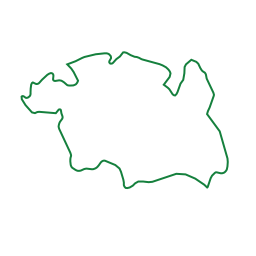 SVG path tracing the border of Carabobo, rotated 162°
{"feature_id": "VEN-33", "entity_name": "Carabobo", "entity_type": "State", "adm_level": 1, "iso_a3": "VEN", "parent_name": "Venezuela", "parent_adm1": "", "projection": "mercator", "projection_center": [-67.927, 10.207], "detail": "fine", "context": "isolated", "style": "outline", "palette": "green", "viewbox_px": 256, "rotation_deg": 162, "n_neighbors": 0, "source": "natural_earth", "source_scale": "10m", "svg_char_len": 2611}
<svg xmlns="http://www.w3.org/2000/svg" viewBox="0 0 256 256"><g transform="rotate(162 128 128)"><path d="M71.1,47.0L73.0,50.5L79.7,59.1L87.6,66.1L96.2,69.5L121.4,69.3L125.1,70.1L129.9,72.3L134.8,73.9L138.3,73.2L141.2,71.7L144.8,70.9L147.3,71.1L148.8,71.8L149.5,73.4L149.6,75.0L148.8,77.4L148.4,80.3L148.2,88.5L148.6,92.1L151.5,96.7L160.0,104.0L160.9,104.4L162.0,104.5L163.1,104.3L164.1,103.9L165.0,103.3L167.4,101.5L169.2,100.4L170.2,100.0L171.3,99.7L172.5,99.6L173.8,99.6L175.0,99.9L180.0,102.2L181.2,102.4L182.4,102.5L186.0,102.1L187.1,102.2L188.2,102.5L189.2,102.9L190.1,103.6L190.9,104.4L193.3,107.4L193.8,108.7L193.9,110.5L193.2,114.0L192.6,115.8L192.0,117.2L190.7,119.2L190.5,120.3L190.5,122.3L193.7,148.2L193.7,149.6L193.5,151.0L192.5,152.8L191.7,153.9L190.9,154.8L187.6,157.2L187.0,158.1L186.7,159.3L186.8,162.5L186.6,163.9L186.4,165.1L186.4,166.2L187.0,166.8L188.2,166.9L192.1,164.4L207.4,170.8L208.3,171.0L209.3,171.2L210.3,171.1L211.9,170.9L214.5,172.5L218.4,181.4L220.1,188.2L219.5,190.7L218.7,191.0L217.9,190.7L217.2,190.1L216.0,188.4L215.0,187.9L213.6,187.9L211.7,188.6L210.7,189.5L210.1,190.6L209.8,191.7L208.4,195.5L206.7,199.1L205.5,200.4L204.4,200.7L202.2,198.6L201.4,198.1L200.3,197.9L199.3,198.0L198.4,198.4L194.8,200.5L188.3,203.5L186.3,204.0L184.6,204.1L183.6,203.7L182.9,203.0L182.6,202.0L182.7,201.0L183.1,200.0L184.0,198.0L184.3,197.1L184.1,196.3L183.5,195.6L182.5,195.2L178.7,194.6L177.7,194.1L176.8,193.6L176.1,192.9L174.8,191.3L172.7,187.8L172.1,187.2L170.9,186.6L169.4,186.1L166.8,185.4L165.2,185.5L164.0,185.7L162.3,186.8L160.9,188.4L162.4,198.0L163.6,202.1L166.1,207.3L157.3,207.7L150.0,208.8L147.4,209.0L135.9,208.1L127.4,206.3L125.2,205.6L124.1,204.9L123.2,204.0L122.2,201.7L122.3,200.5L122.6,199.6L125.0,197.4L125.5,196.5L125.4,195.6L124.9,194.7L123.7,194.3L122.9,194.3L122.1,194.6L117.8,197.1L113.6,198.5L109.3,201.4L108.0,201.1L106.1,199.9L102.9,196.4L99.7,193.7L97.7,192.8L95.9,191.4L94.0,189.4L93.1,188.7L78.3,179.0L75.8,176.9L73.1,174.0L71.6,171.3L71.0,169.7L70.7,168.2L70.7,166.8L72.6,163.7L80.6,158.1L77.7,154.0L76.7,152.1L75.2,146.5L74.7,145.6L74.0,144.8L73.1,144.4L71.4,145.3L69.8,146.9L64.3,154.0L60.6,156.7L57.5,162.6L55.3,168.5L53.2,170.6L46.7,173.3L42.6,169.8L41.3,167.4L40.7,162.7L40.0,159.9L39.1,158.4L37.9,157.0L37.5,155.8L37.4,154.6L37.9,150.7L35.9,135.2L36.0,133.0L36.5,132.1L44.0,122.3L46.8,119.3L48.5,116.8L41.8,96.5L42.8,68.3L43.6,64.9L45.3,60.7L46.8,58.1L47.5,57.4L48.3,56.8L49.2,56.3L50.2,55.9L51.4,55.8L52.7,55.9L53.8,56.3L57.3,58.4L58.2,58.7L59.2,58.5L62.8,56.7L64.9,54.7L70.4,47.3L71.1,47.0Z" fill="none" stroke="#15803d" stroke-width="2"/></g></svg>